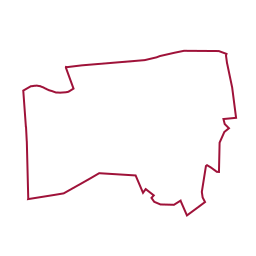 Mutare Urban, Manicaland, Zimbabwe, rotated 4°
{"feature_id": "62879985B34329227357286", "entity_name": "Mutare Urban", "entity_type": "district", "adm_level": 2, "iso_a3": "ZWE", "parent_name": "Zimbabwe", "parent_adm1": "Manicaland", "projection": "natural_earth1", "projection_center": [32.581, -18.995], "detail": "fine", "context": "isolated", "style": "outline", "palette": "rose", "viewbox_px": 256, "rotation_deg": 4, "n_neighbors": 0, "source": "geoboundaries", "source_scale": "gbopen_adm2", "svg_char_len": 1666}
<svg xmlns="http://www.w3.org/2000/svg" viewBox="0 0 256 256"><g transform="rotate(4 128 128)"><path d="M228.7,121.2L224.2,117.3L222.6,112.4L235.1,110.3L229.1,80.4L222.5,57.1L222.3,56.6L220.7,48.9L221.1,47.2L213.5,45.0L213.3,44.9L213.2,44.9L178.4,47.1L169.4,49.6L154.8,54.0L151.6,55.5L140.0,59.1L132.3,60.3L77.7,68.7L63.1,71.5L62.8,71.5L61.9,71.4L61.8,72.0L61.9,72.3L70.9,92.5L66.5,95.7L66.3,95.7L66.0,96.0L65.7,96.1L65.4,96.2L65.0,96.3L64.8,96.4L64.5,96.4L64.3,96.5L64.1,96.5L63.8,96.6L63.5,96.7L58.4,97.4L58.1,97.5L57.7,97.5L57.1,97.5L56.3,97.5L55.9,97.5L55.5,97.5L55.1,97.5L54.8,97.6L54.3,97.6L53.9,97.6L53.5,97.6L53.2,97.5L49.0,96.3L48.7,96.3L48.3,96.2L48.1,96.2L47.9,96.1L47.6,96.1L47.2,95.9L46.8,95.9L46.4,95.8L46.1,95.6L45.7,95.5L45.4,95.4L44.4,95.0L44.0,94.9L43.6,94.6L43.1,94.5L42.6,94.3L42.0,94.0L41.5,93.8L41.1,93.6L40.8,93.5L40.4,93.3L40.0,93.2L39.5,93.1L39.0,92.9L38.5,92.8L38.2,92.7L37.7,92.4L37.2,92.4L36.9,92.4L36.6,92.3L35.7,92.3L35.3,92.2L34.9,92.2L34.5,92.1L34.2,92.1L33.8,92.1L33.7,92.1L33.3,92.2L32.8,92.3L32.6,92.3L32.4,92.4L31.8,92.4L31.4,92.4L31.0,92.6L30.7,92.7L30.3,92.7L30.0,92.8L29.8,92.9L29.6,92.9L29.3,93.0L29.1,93.0L28.9,93.0L28.7,93.0L28.2,93.1L20.9,98.0L21.0,98.6L26.0,133.6L26.0,133.8L26.2,134.1L27.9,148.1L28.0,148.5L33.4,205.2L33.3,205.9L59.2,199.9L68.4,197.7L94.2,180.7L102.4,175.1L114.4,175.0L138.9,174.8L147.5,191.6L149.9,187.7L158.4,193.4L156.3,196.1L159.3,199.8L165.7,202.0L179.2,201.4L185.5,196.8L185.6,197.1L192.9,211.1L210.0,196.5L207.3,192.1L206.1,186.6L208.4,160.5L209.4,159.6L213.1,161.4L218.7,164.9L219.6,165.5L221.8,165.5L220.4,136.2L224.4,125.2L228.7,121.2Z" fill="none" stroke="#9f1239" stroke-width="2"/></g></svg>